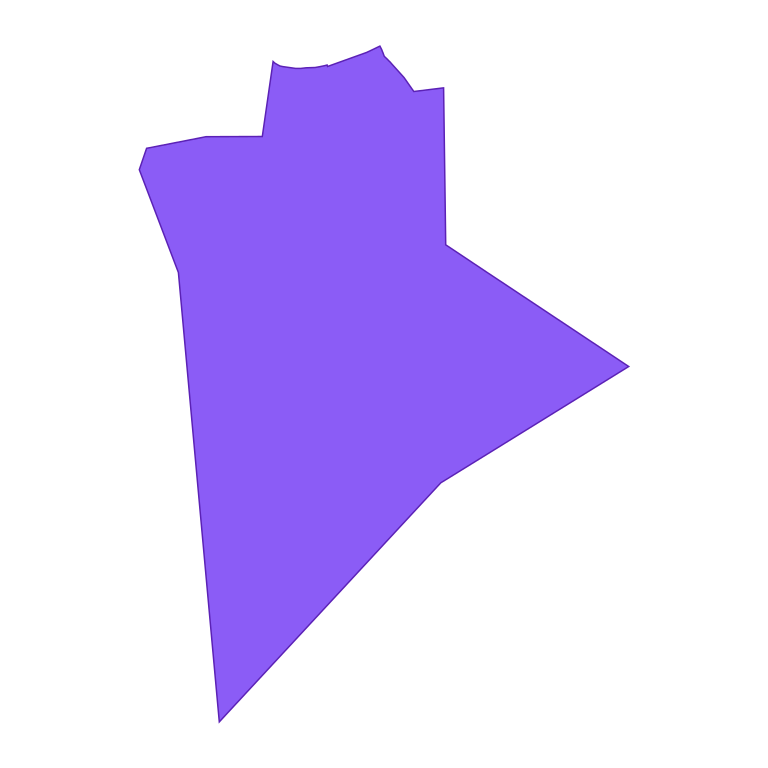 Al-Hammam, Matruh, Egypt (Natural Earth projection)
{"feature_id": "37247803B30384422366927", "entity_name": "Al-Hammam", "entity_type": "district", "adm_level": 2, "iso_a3": "EGY", "parent_name": "Egypt", "parent_adm1": "Matruh", "projection": "natural_earth1", "projection_center": [29.325, 29.822], "detail": "fine", "context": "isolated", "style": "filled", "palette": "violet", "viewbox_px": 768, "rotation_deg": 0, "n_neighbors": 0, "source": "geoboundaries", "source_scale": "gbopen_adm2", "svg_char_len": 811}
<svg xmlns="http://www.w3.org/2000/svg" viewBox="0 0 768 768"><path d="M443.6,87.9L443.2,87.9L413.8,91.5L404.0,77.5L403.9,77.4L401.2,74.4L392.0,64.2L390.0,61.9L389.9,61.8L388.5,60.5L387.8,59.7L385.2,57.2L384.3,56.4L383.5,54.3L382.8,52.3L382.7,52.2L382.3,51.3L382.2,50.9L381.7,49.6L379.9,46.1L369.3,51.2L367.3,52.1L367.0,52.3L327.5,66.5L327.1,65.0L324.5,65.7L319.1,66.8L315.1,67.5L306.2,67.8L300.9,68.4L295.5,68.4L289.9,67.6L282.8,66.6L280.5,66.1L280.0,66.0L279.6,65.8L277.7,64.8L274.8,63.1L273.1,61.5L262.3,136.5L206.0,136.7L146.6,148.3L139.3,169.7L178.4,272.5L219.3,721.9L227.4,713.1L440.8,482.8L503.9,443.8L553.8,412.9L628.4,366.7L628.7,366.5L508.2,286.4L486.3,271.9L472.7,262.8L446.0,245.0L445.7,244.8L445.7,244.0L445.7,243.5L443.6,87.9L443.6,87.9Z" fill="#8b5cf6" stroke="#5b21b6" stroke-width="1.5"/></svg>